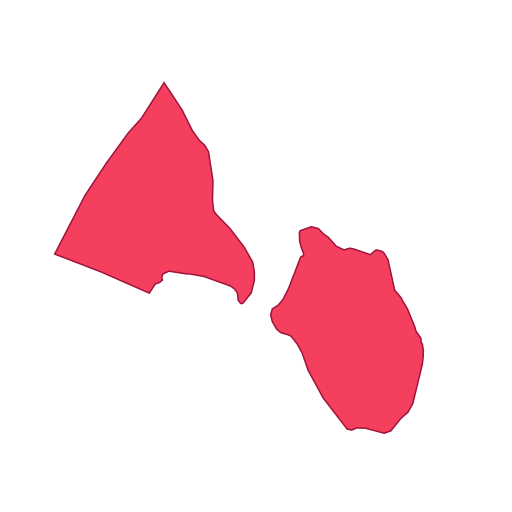 outline of Ifira, Vanuatu, rotated 107°
{"feature_id": "77236927B32680405740537", "entity_name": "Ifira", "entity_type": "district", "adm_level": 2, "iso_a3": "VUT", "parent_name": "Vanuatu", "parent_adm1": "", "projection": "orthographic", "projection_center": [168.294, -17.753], "detail": "fine", "context": "isolated", "style": "filled", "palette": "rose", "viewbox_px": 512, "rotation_deg": 107, "n_neighbors": 0, "source": "geoboundaries", "source_scale": "gbopen_adm2", "svg_char_len": 1440}
<svg xmlns="http://www.w3.org/2000/svg" viewBox="0 0 512 512"><g transform="rotate(107 256 256)"><path d="M322.7,347.2L312.3,344.2L309.5,340.5L306.2,338.4L304.3,339.9L300.5,339.8L296.0,334.9L293.4,317.0L292.5,314.1L290.8,299.8L292.2,271.5L293.9,266.6L297.0,262.9L303.5,260.1L305.7,257.0L305.8,255.7L304.8,254.6L292.7,249.8L279.9,250.4L271.6,252.9L262.8,257.4L251.2,269.6L237.4,288.8L227.7,306.4L225.1,309.7L215.2,314.0L196.7,319.1L170.2,331.9L165.3,337.2L161.8,344.3L154.6,353.6L138.1,369.2L117.1,394.6L125.1,396.8L157.9,405.9L175.6,414.1L211.0,426.3L247.8,437.2L313.0,449.1L316.6,398.7L322.7,347.2ZM290.4,217.8L296.7,220.5L301.7,224.9L307.8,224.9L313.9,221.3L319.9,214.9L322.1,210.0L322.0,201.9L322.5,198.9L328.3,190.6L335.1,183.7L335.5,183.3L349.9,172.9L372.2,150.2L394.9,118.2L394.5,113.7L391.0,109.4L390.3,107.0L388.7,101.2L388.0,81.5L383.8,75.9L369.1,70.0L362.3,65.9L361.6,65.7L361.6,65.2L351.3,62.9L310.9,65.3L303.8,66.6L297.4,68.3L291.3,71.4L290.3,72.8L286.4,74.3L281.0,81.1L277.1,83.6L262.1,95.9L255.9,102.8L253.8,104.7L251.0,108.9L248.1,113.4L220.8,128.8L215.6,134.6L214.7,136.9L214.9,142.2L215.7,143.6L221.3,146.9L220.7,164.2L221.1,168.7L224.4,173.5L223.2,182.1L216.9,192.5L215.4,197.3L211.5,204.5L211.8,211.6L218.9,221.2L221.2,221.3L229.3,218.5L235.5,214.6L239.5,211.3L241.5,210.8L242.5,211.1L242.7,211.9L244.0,213.0L256.7,213.9L276.8,215.3L289.6,217.5L290.4,217.8Z" fill="#f43f5e" stroke="#9f1239" stroke-width="1.5"/></g></svg>